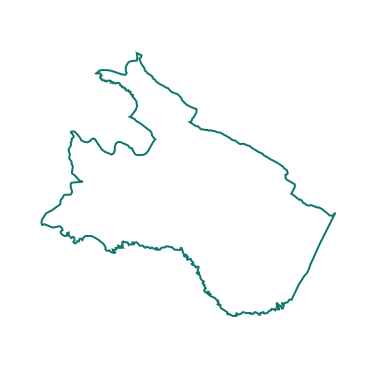 Madimba, Bas-Congo, Democratic Republic of the Congo, rotated 297°
{"feature_id": "63176286B8336769847246", "entity_name": "Madimba", "entity_type": "district", "adm_level": 2, "iso_a3": "COD", "parent_name": "Democratic Republic of the Congo", "parent_adm1": "Bas-Congo", "projection": "equal_earth", "projection_center": [15.601, -5.373], "detail": "fine", "context": "isolated", "style": "outline", "palette": "teal", "viewbox_px": 384, "rotation_deg": 297, "n_neighbors": 0, "source": "geoboundaries", "source_scale": "gbopen_adm2", "svg_char_len": 5982}
<svg xmlns="http://www.w3.org/2000/svg" viewBox="0 0 384 384"><g transform="rotate(297 192 192)"><path d="M101.4,140.9L101.0,142.7L101.4,143.9L102.2,144.4L102.5,145.2L101.6,147.1L102.4,150.4L103.3,150.9L103.8,148.4L104.7,147.5L105.3,149.5L106.7,150.5L107.5,149.5L108.4,150.9L110.7,150.5L110.7,151.9L109.6,152.0L109.2,152.5L110.9,155.5L111.4,153.7L112.0,155.0L112.7,154.6L113.5,153.4L114.6,153.7L115.6,152.6L116.7,153.2L116.9,155.4L117.8,157.1L117.5,158.1L116.0,159.7L117.2,160.5L119.5,164.7L119.5,162.2L119.9,161.8L120.4,162.3L120.8,164.0L122.1,165.5L120.6,169.8L120.7,170.6L121.9,172.3L121.9,173.3L121.2,174.2L121.0,175.2L121.5,176.1L122.7,176.7L123.1,178.6L122.7,179.7L123.3,181.0L124.4,181.5L124.1,183.6L124.5,184.9L125.3,185.0L126.2,186.1L126.0,186.8L124.6,186.8L125.9,189.5L128.7,190.3L130.5,193.1L132.1,193.9L133.7,199.3L132.7,202.1L133.0,203.4L135.0,207.8L135.7,208.1L136.7,207.4L137.2,207.6L137.4,208.3L133.7,211.8L133.1,212.9L131.4,213.9L131.2,214.8L131.5,215.3L133.2,214.8L133.4,215.6L132.1,217.9L130.8,217.4L129.6,218.5L131.8,221.2L130.4,222.9L129.7,225.3L129.1,225.4L127.7,224.4L127.2,226.0L127.8,227.6L126.6,229.9L128.2,231.0L128.4,231.7L128.0,232.1L124.1,232.8L123.4,235.0L122.9,235.2L122.8,233.7L122.0,233.2L121.4,236.7L120.4,237.9L119.0,238.6L117.8,241.0L117.6,243.3L115.6,242.8L115.0,244.1L115.0,245.2L114.1,245.2L113.4,246.8L112.1,248.1L111.3,247.3L109.6,247.6L108.7,249.8L108.9,250.6L108.7,251.9L109.5,252.1L110.3,251.3L110.7,252.2L109.9,252.9L109.4,254.5L108.7,253.5L108.1,253.4L107.7,256.4L108.0,260.5L107.4,261.6L107.1,264.5L105.9,264.4L105.4,266.2L103.6,265.8L103.4,267.1L104.3,268.5L102.3,269.7L101.6,270.9L100.9,278.0L100.4,278.8L99.5,278.7L99.2,279.5L100.3,281.0L100.0,281.9L100.1,285.0L102.0,287.9L102.7,286.8L104.1,286.8L104.1,289.3L105.4,290.7L107.5,291.5L108.2,292.2L108.6,294.7L110.6,298.8L110.0,299.8L110.4,300.6L111.1,300.8L111.7,302.2L113.5,302.5L113.9,305.0L113.1,307.3L113.6,308.4L114.6,307.8L115.5,307.9L116.2,309.5L117.1,309.6L117.3,310.4L116.8,310.8L116.6,311.8L118.8,314.3L120.7,314.5L122.5,316.2L123.9,315.9L124.4,317.4L124.4,319.7L125.4,319.3L126.2,320.8L126.6,322.7L127.1,323.0L128.8,321.4L128.1,319.6L129.6,319.5L130.6,318.3L131.3,318.1L131.5,319.0L130.9,319.4L130.6,320.4L130.8,322.8L129.1,324.9L129.6,326.0L132.5,325.2L133.1,323.1L133.8,322.8L134.4,325.0L135.8,325.4L136.6,326.8L137.5,327.3L140.1,327.6L140.8,328.1L141.1,329.6L158.1,329.2L168.5,330.2L171.7,331.2L176.1,331.2L180.3,330.5L203.2,329.4L238.7,329.2L234.8,328.0L233.8,326.2L233.7,325.0L234.9,320.5L235.1,318.0L235.7,316.6L235.9,312.0L235.2,311.3L235.3,310.3L234.7,309.1L234.9,307.3L234.2,303.6L233.2,302.7L232.4,300.3L232.5,299.1L233.0,298.2L232.7,296.6L234.6,292.4L233.7,291.0L234.2,290.3L234.1,288.1L234.6,287.3L235.4,283.3L235.4,281.3L243.6,281.3L245.5,280.0L246.0,270.9L246.8,269.1L249.8,267.4L251.0,268.8L251.8,268.9L254.3,267.0L255.1,262.9L255.9,261.5L256.8,254.2L256.8,246.6L257.3,241.8L257.1,240.7L257.6,238.3L258.1,237.7L257.9,233.9L258.5,225.0L259.2,222.9L258.5,218.7L258.6,216.9L257.8,214.8L256.6,213.5L256.5,212.2L257.4,207.3L256.6,203.5L257.3,201.6L257.7,190.3L256.6,186.9L256.6,184.4L255.9,183.1L255.6,180.9L254.6,179.7L254.1,177.2L253.1,175.5L253.2,174.2L252.1,172.2L252.1,171.1L253.1,168.3L253.2,167.0L252.6,166.4L252.6,164.1L253.3,158.1L254.7,159.4L258.0,158.9L259.4,159.6L264.3,159.8L267.3,158.8L267.9,157.9L267.4,155.1L267.3,147.4L269.3,141.4L271.0,139.4L272.6,135.0L272.7,133.9L272.0,131.2L272.1,127.4L273.6,123.7L273.2,120.7L273.7,118.6L273.5,114.8L274.1,110.0L275.2,108.1L275.5,105.5L277.0,104.1L277.7,98.1L278.6,96.5L278.8,94.8L280.7,93.4L283.5,88.2L287.1,84.6L289.1,85.4L290.9,84.9L290.7,79.7L288.4,81.5L284.2,83.3L281.3,78.8L278.9,76.5L274.0,76.1L269.8,78.0L268.4,79.8L266.1,79.4L264.8,75.7L263.5,65.6L262.4,62.0L260.4,57.5L258.6,54.8L254.2,52.8L254.5,53.9L255.6,55.1L256.0,56.6L254.9,58.0L254.3,57.9L254.3,58.2L253.7,57.7L252.7,58.6L252.3,58.4L252.2,59.0L251.6,59.2L251.7,60.0L251.1,61.0L251.4,61.0L251.2,61.6L251.6,62.7L251.3,63.8L251.8,64.4L251.4,64.5L251.9,66.0L253.4,67.0L254.1,68.9L253.7,69.1L253.8,70.5L253.5,70.1L253.6,70.7L253.2,70.6L253.5,71.0L253.1,71.7L253.7,71.9L254.1,73.9L253.8,74.2L255.9,76.8L255.8,78.2L255.3,79.4L254.6,79.4L254.5,80.7L253.8,81.9L254.3,82.2L253.7,83.2L254.2,83.9L254.0,85.1L253.4,85.5L253.6,86.1L253.1,86.3L252.6,87.8L253.5,88.8L253.2,88.9L253.4,90.2L252.9,90.2L253.1,91.2L252.7,91.0L251.9,93.1L251.3,93.2L251.1,94.1L251.3,94.6L251.5,94.2L251.6,94.9L251.1,94.9L251.0,95.6L249.8,95.7L249.5,97.4L247.6,101.2L243.4,104.1L239.8,104.6L236.0,104.0L232.2,103.3L230.7,102.4L231.0,107.5L230.0,109.9L229.6,115.2L227.3,127.3L226.5,129.1L224.4,130.5L222.8,133.6L222.3,135.4L219.5,134.7L208.8,134.3L206.1,133.8L203.5,132.4L200.6,127.8L199.8,125.6L200.1,123.8L202.8,119.6L203.7,118.9L203.3,117.8L203.4,115.6L204.4,114.1L204.3,109.4L203.9,107.8L204.2,106.4L203.7,104.7L202.6,103.1L200.5,102.2L197.1,102.8L193.6,104.4L191.0,104.6L188.9,103.5L188.3,96.3L189.0,92.2L195.0,81.5L194.9,79.7L193.2,78.5L191.1,78.0L188.9,76.4L187.8,73.4L187.7,70.2L189.9,66.9L192.3,60.7L192.4,59.3L191.1,57.1L190.5,56.9L190.0,57.4L188.9,60.0L187.8,61.3L186.4,61.5L184.7,60.6L182.8,61.7L181.1,61.5L179.0,62.9L173.4,62.8L170.0,66.1L166.1,67.3L164.7,70.4L163.9,71.3L162.5,71.8L160.8,74.2L154.7,76.2L154.1,76.7L153.4,80.5L151.3,85.9L151.1,87.7L151.6,90.2L145.7,80.5L144.3,80.3L142.8,80.9L140.7,82.2L138.2,84.8L136.6,85.3L134.5,85.0L131.7,79.9L130.6,79.2L128.2,79.4L125.1,78.6L121.2,80.2L112.3,75.6L106.6,71.6L99.0,70.9L96.2,71.9L94.6,73.3L96.3,75.2L97.1,83.8L97.6,84.9L101.1,89.1L101.4,90.5L101.2,91.6L99.5,94.0L97.1,93.0L96.0,93.6L95.2,95.3L94.9,97.5L95.1,98.9L95.9,100.0L98.9,99.4L99.9,100.6L98.4,101.4L97.1,101.2L97.0,103.3L96.1,105.4L97.9,106.3L98.1,107.3L97.7,108.0L95.5,109.3L93.9,108.8L93.1,110.3L93.3,111.3L94.2,112.1L95.9,112.0L96.9,113.9L98.5,113.1L99.4,113.2L100.0,114.5L99.5,116.2L101.8,116.0L104.3,116.9L106.7,121.4L107.3,123.5L107.0,129.8L105.6,136.5L104.1,139.3L102.8,140.6L101.4,140.9Z" fill="none" stroke="#0f766e" stroke-width="2"/></g></svg>